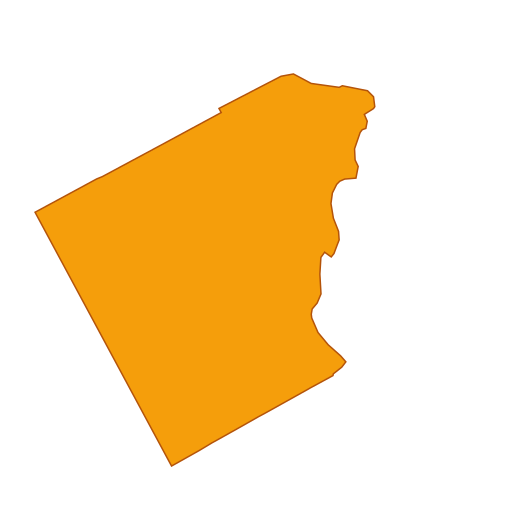 Monroe, Michigan, United States of America (Mercator projection), rotated 333°
{"feature_id": "52423323B88376990357091", "entity_name": "Monroe", "entity_type": "district", "adm_level": 2, "iso_a3": "USA", "parent_name": "United States of America", "parent_adm1": "Michigan", "projection": "mercator", "projection_center": [-83.415, 41.909], "detail": "fine", "context": "isolated", "style": "filled", "palette": "amber", "viewbox_px": 512, "rotation_deg": 333, "n_neighbors": 0, "source": "geoboundaries", "source_scale": "gbopen_adm2", "svg_char_len": 984}
<svg xmlns="http://www.w3.org/2000/svg" viewBox="0 0 512 512"><g transform="rotate(333 256 256)"><path d="M270.3,397.5L271.4,396.1L281.9,394.0L288.0,391.1L286.1,383.5L280.0,367.9L276.5,352.3L277.5,336.6L278.8,333.0L282.0,328.7L289.1,325.7L296.7,319.3L304.7,301.1L313.2,286.7L318.9,283.8L319.0,284.1L322.6,291.0L326.6,289.2L333.7,282.7L337.4,279.4L340.7,271.6L340.9,269.8L342.1,257.5L346.6,243.3L352.7,234.5L360.4,228.8L364.6,227.4L369.9,227.7L380.4,232.0L387.7,222.6L387.9,215.4L392.5,205.2L404.9,193.2L408.0,191.7L411.8,192.2L416.3,186.4L416.8,179.0L427.6,178.0L429.6,176.9L433.0,167.5L430.4,159.4L410.2,143.5L406.7,143.5L383.5,127.3L372.0,110.8L359.9,107.2L290.0,107.7L290.1,112.4L219.1,114.1L155.1,115.5L149.1,115.0L79.0,116.7L85.4,404.8L85.5,404.8L117.8,403.5L131.9,402.5L143.5,402.1L153.3,401.7L159.2,401.5L161.0,401.4L185.8,400.3L186.6,400.3L191.6,400.2L240.1,398.4L240.6,398.4L242.8,398.3L244.0,398.2L270.3,397.5Z" fill="#f59e0b" stroke="#b45309" stroke-width="1.5"/></g></svg>